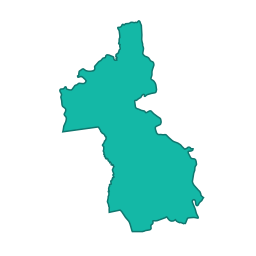 outline of Kasaï-Oriental, rotated 172°
{"feature_id": "COD-1896", "entity_name": "Kasaï-Oriental", "entity_type": "Province", "adm_level": 1, "iso_a3": "COD", "parent_name": "Democratic Republic of the Congo", "parent_adm1": "", "projection": "robinson", "projection_center": [23.978, -4.842], "detail": "fine", "context": "isolated", "style": "filled", "palette": "teal", "viewbox_px": 256, "rotation_deg": 172, "n_neighbors": 0, "source": "natural_earth", "source_scale": "10m", "svg_char_len": 5833}
<svg xmlns="http://www.w3.org/2000/svg" viewBox="0 0 256 256"><g transform="rotate(172 128 128)"><path d="M128.0,23.4L138.1,24.8L138.4,25.8L139.3,32.4L139.8,34.5L140.2,35.6L142.9,39.8L145.8,45.9L146.6,47.1L147.1,47.7L147.6,47.8L158.3,47.1L158.0,50.1L157.6,51.8L157.9,53.0L158.0,55.3L158.6,57.5L158.6,58.1L157.4,61.4L157.2,62.8L156.3,64.3L156.1,65.1L155.9,67.0L156.4,67.6L156.3,68.0L156.1,68.3L155.5,67.8L155.3,68.1L155.4,68.4L155.8,68.8L155.6,69.5L155.7,70.3L155.5,71.0L154.9,72.4L154.3,73.0L154.2,74.4L153.8,74.7L153.0,74.7L152.4,74.9L152.5,77.6L152.3,78.0L151.7,78.1L151.3,78.5L150.8,79.6L150.4,79.7L150.4,80.5L150.1,80.9L149.3,81.0L148.8,81.2L148.8,81.8L149.4,82.8L149.4,83.2L149.3,83.9L148.7,84.0L148.5,84.4L148.6,85.4L149.2,87.8L149.2,88.9L148.4,90.1L147.8,91.3L147.3,91.6L147.7,92.7L148.0,93.0L148.6,93.3L148.1,93.7L148.4,93.9L149.5,94.0L149.8,94.1L149.7,94.4L149.5,94.7L149.4,94.7L149.5,95.2L150.4,96.7L150.8,96.3L151.2,97.4L152.2,98.5L152.2,99.9L153.2,100.9L153.8,100.4L154.1,100.7L154.5,101.4L154.7,102.7L155.2,103.1L155.1,103.9L154.9,104.4L155.6,105.2L155.6,105.5L155.3,106.1L155.2,106.5L155.3,107.6L155.6,108.1L155.7,108.5L155.6,109.0L155.1,109.9L154.6,112.7L154.9,112.9L155.7,114.6L155.4,115.0L154.2,116.2L153.1,118.0L153.1,118.3L152.7,118.5L152.1,119.0L151.6,119.6L151.0,121.1L151.0,121.5L151.4,122.4L151.2,122.6L151.8,123.1L152.4,124.9L153.4,125.9L154.2,126.4L154.8,127.6L155.4,128.2L155.7,129.8L157.1,132.9L157.6,133.1L158.4,133.2L193.1,133.3L192.5,134.8L191.3,138.8L188.8,142.8L188.1,144.5L187.7,146.2L187.8,147.3L189.1,149.5L189.3,150.4L189.0,151.1L187.8,152.7L187.3,153.8L187.1,155.0L187.2,155.6L187.6,156.3L189.7,158.5L189.9,159.1L190.1,160.2L189.9,164.6L190.2,167.7L190.0,168.5L189.2,170.0L189.2,170.5L189.3,171.4L190.1,173.2L190.3,174.3L190.1,175.1L189.5,175.8L188.8,175.9L187.2,175.8L186.5,175.8L185.8,176.2L185.0,177.1L184.4,177.5L183.8,177.3L183.6,177.0L183.4,175.4L182.8,174.8L180.2,173.7L178.7,173.6L178.0,174.0L174.7,177.4L174.0,177.7L172.6,177.9L170.8,179.0L170.0,179.1L166.9,178.3L165.2,178.2L164.8,178.4L163.6,179.3L162.9,180.6L163.8,182.2L166.0,184.9L166.5,185.2L167.1,185.3L167.3,185.6L170.1,185.2L170.6,185.4L170.7,185.8L170.7,186.5L169.7,187.1L169.2,187.6L169.2,188.4L169.1,188.9L168.5,190.8L168.2,191.1L165.1,192.7L164.3,192.8L163.9,192.7L161.8,190.7L159.6,189.8L157.4,189.4L155.9,189.4L154.1,189.6L153.2,190.2L152.7,191.1L152.5,192.0L152.6,192.9L152.5,193.5L152.3,193.8L148.0,197.5L147.2,198.0L145.5,198.6L143.3,200.5L142.8,200.7L141.3,200.8L140.6,201.0L139.8,202.7L139.0,203.3L138.0,203.3L136.5,202.8L132.8,200.6L132.4,200.0L132.4,198.7L132.3,198.0L131.9,197.2L131.5,196.9L131.1,196.8L130.2,196.9L129.9,196.7L129.5,196.9L129.6,197.1L129.9,197.4L130.1,198.4L130.0,198.6L129.4,198.6L129.2,198.8L129.1,199.2L129.9,200.2L129.7,200.3L129.5,200.7L129.6,200.8L129.9,200.9L129.8,201.7L129.6,202.3L129.1,202.8L127.8,203.1L127.3,203.5L127.1,204.2L126.7,204.4L125.9,206.4L124.8,207.2L124.6,207.9L124.8,210.1L124.7,210.8L124.3,211.5L124.3,211.8L125.3,212.5L125.5,213.1L125.3,213.6L124.9,214.0L124.4,217.0L124.2,217.6L124.0,218.1L123.5,218.6L123.4,218.8L123.5,219.4L123.3,220.0L123.2,225.6L123.4,226.1L124.0,227.5L124.2,228.2L124.1,228.9L123.9,229.0L121.9,228.9L121.2,229.1L120.3,229.8L119.5,231.0L118.8,231.4L118.4,231.3L117.6,230.6L116.0,231.5L115.7,231.6L112.6,231.4L111.8,231.6L110.6,232.2L109.9,232.2L108.7,232.0L107.1,231.4L105.7,231.6L104.5,231.2L104.0,231.4L103.2,232.2L102.5,232.6L101.8,232.3L101.4,231.6L101.0,229.5L100.5,227.8L101.3,218.2L102.1,213.8L102.1,211.9L101.8,209.2L102.0,207.5L101.6,205.6L101.6,204.3L103.0,200.0L103.0,199.6L102.7,198.6L101.7,197.2L101.0,196.6L99.4,195.8L98.3,195.0L97.7,194.3L96.4,191.6L95.8,191.0L94.2,190.0L93.7,189.1L93.5,187.6L93.7,186.4L95.7,182.4L96.3,180.9L96.5,180.0L96.9,177.2L97.7,175.4L98.3,174.3L98.4,173.9L98.3,173.3L97.9,172.7L96.3,171.3L95.8,170.7L95.1,169.3L94.7,168.3L94.4,166.6L94.4,162.0L95.2,159.9L95.7,159.4L96.2,159.2L96.9,159.1L100.0,159.0L104.0,158.4L104.9,158.1L106.7,157.0L107.0,157.0L107.3,157.2L107.1,158.4L107.2,158.7L107.6,159.1L108.4,159.1L109.1,158.7L109.8,158.2L110.7,156.9L111.3,156.4L113.4,155.6L115.7,154.2L117.1,154.3L117.4,154.2L117.7,153.6L117.7,147.7L117.3,146.7L116.2,145.8L115.0,145.3L112.3,143.6L109.6,142.6L109.3,142.4L109.0,142.0L108.5,141.0L108.2,140.7L107.5,140.7L104.3,141.9L103.6,141.9L102.8,141.6L100.5,138.5L97.4,135.4L94.9,133.2L94.5,132.5L94.4,131.8L94.3,130.2L94.4,129.1L95.1,127.5L95.8,126.9L99.8,125.7L100.5,125.2L101.0,124.4L101.0,122.8L100.4,119.3L99.9,118.3L99.3,117.6L98.4,117.2L96.4,117.0L94.2,116.4L92.1,116.3L91.2,115.9L88.9,112.8L86.0,109.4L84.6,108.2L80.7,106.1L78.5,104.2L77.8,103.3L77.1,102.1L75.0,99.4L74.6,99.2L72.3,99.8L71.7,100.4L70.4,100.6L69.9,100.4L69.5,100.2L69.1,99.8L68.8,99.4L68.7,98.9L68.4,98.7L66.5,98.4L66.6,97.9L67.0,97.1L67.7,96.7L68.9,96.4L70.4,96.5L71.2,96.4L71.6,96.3L71.8,95.9L71.8,94.7L70.3,90.4L69.8,89.5L69.2,88.9L66.7,88.2L66.1,87.8L65.5,87.0L65.2,85.4L65.2,82.8L65.3,82.2L66.6,80.7L67.2,79.7L67.8,76.8L69.2,74.1L71.6,66.4L71.7,65.8L71.4,64.1L71.0,63.1L70.6,62.1L66.8,56.4L66.2,55.7L65.7,55.0L65.2,53.2L65.0,51.1L64.4,50.1L62.9,48.5L63.5,48.0L65.0,45.9L67.2,44.5L68.3,43.4L69.1,42.1L70.0,41.5L70.9,41.7L71.3,42.4L71.5,43.4L71.4,45.9L71.5,46.4L71.8,47.2L72.4,47.8L72.9,47.9L73.4,47.8L74.2,47.2L74.5,46.7L74.6,45.6L72.7,38.1L72.3,34.6L72.0,33.2L70.9,30.0L70.9,29.3L71.1,29.1L71.3,29.0L74.3,30.0L75.6,30.3L80.7,30.6L81.1,30.5L81.9,29.9L84.0,26.2L84.5,25.5L85.1,25.7L86.2,25.5L88.7,27.0L90.2,27.1L91.8,28.1L92.9,29.0L93.8,30.6L95.7,29.7L96.1,29.7L97.5,29.7L98.6,30.0L99.7,30.8L100.6,32.0L101.7,34.1L102.0,34.5L102.4,34.6L103.5,34.0L111.9,32.2L113.4,32.2L115.6,32.6L116.2,32.5L116.4,32.1L116.4,30.9L116.6,30.3L117.1,29.6L118.3,29.0L119.0,28.0L119.1,25.4L119.3,25.0L119.9,24.4L121.0,24.1L125.1,24.0L125.9,23.7L128.0,23.4Z" fill="#14b8a6" stroke="#0f766e" stroke-width="1.5"/></g></svg>